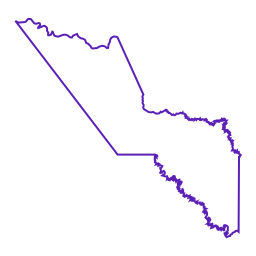 La Chorrera, Amazonas, Colombia (orthographic projection)
{"feature_id": "7082276B17181319735962", "entity_name": "La Chorrera", "entity_type": "district", "adm_level": 2, "iso_a3": "COL", "parent_name": "Colombia", "parent_adm1": "Amazonas", "projection": "orthographic", "projection_center": [-72.317, -1.283], "detail": "fine", "context": "isolated", "style": "outline", "palette": "violet", "viewbox_px": 256, "rotation_deg": 0, "n_neighbors": 0, "source": "geoboundaries", "source_scale": "gbopen_adm2", "svg_char_len": 6021}
<svg xmlns="http://www.w3.org/2000/svg" viewBox="0 0 256 256"><path d="M238.6,231.9L239.0,156.8L239.8,156.6L240.6,155.2L239.9,155.1L239.9,154.4L238.9,153.7L238.8,152.2L237.9,152.5L238.3,151.4L237.6,152.2L237.3,151.0L236.7,152.2L234.9,152.7L234.5,152.2L235.1,151.7L235.3,150.3L232.1,150.5L233.0,148.6L232.3,146.7L232.9,145.3L232.4,144.9L232.7,144.1L231.8,143.8L232.5,143.1L231.4,142.3L232.9,140.7L232.5,140.4L231.8,141.2L231.4,140.6L230.6,140.8L230.1,140.0L230.4,139.0L229.4,139.1L230.1,138.2L228.7,138.1L228.1,137.1L228.7,137.0L228.6,136.0L230.1,135.2L229.3,134.4L229.4,133.9L230.0,133.9L229.8,133.3L228.3,133.0L227.7,132.1L229.5,132.0L228.8,131.2L227.7,131.1L227.6,130.6L228.5,130.4L227.7,130.2L227.2,130.9L226.4,130.3L226.1,131.4L225.3,131.8L226.0,130.2L224.5,130.6L224.2,129.2L223.0,129.0L223.6,128.0L224.8,128.5L224.3,128.0L224.8,127.9L224.8,127.0L225.5,126.9L224.7,126.6L223.2,127.2L223.2,126.4L223.6,126.4L223.8,125.9L223.2,124.8L224.1,124.9L224.4,125.6L224.9,125.0L224.0,124.3L224.0,123.7L224.9,123.6L225.2,124.3L225.9,124.2L226.3,123.5L225.0,122.6L225.4,122.4L226.0,123.1L226.5,123.0L225.9,121.5L226.6,120.6L225.8,120.6L225.2,120.1L224.8,120.7L225.1,119.3L224.4,118.8L224.3,119.5L223.6,119.8L223.9,120.4L222.7,120.7L223.1,119.2L221.9,118.7L221.5,120.6L220.3,120.0L219.8,121.4L219.0,122.0L218.4,121.7L218.7,121.2L218.3,120.4L216.6,120.5L216.4,121.0L217.1,121.2L216.8,121.5L216.0,120.8L214.6,120.9L213.8,121.4L215.0,122.8L214.6,123.0L214.2,124.4L213.0,124.0L213.0,125.1L212.5,124.8L212.7,124.2L211.5,124.3L211.4,125.3L211.1,124.5L211.4,123.9L210.2,124.1L210.7,123.1L209.4,123.4L208.7,122.9L209.2,122.5L208.5,121.9L206.7,121.8L206.8,120.2L205.6,120.3L206.4,119.5L206.0,118.9L204.1,119.8L202.7,119.2L201.0,120.2L200.0,120.1L199.7,119.6L200.5,118.8L200.2,118.3L199.7,119.0L196.8,118.9L196.3,120.1L195.1,119.0L194.4,119.8L194.4,119.0L193.6,119.7L192.9,119.3L192.5,119.8L192.0,119.2L191.6,119.8L191.1,119.3L190.2,120.0L190.0,119.6L189.4,119.6L188.9,118.5L188.5,119.5L186.7,117.8L186.1,117.8L186.7,116.9L185.8,116.7L186.1,116.2L185.4,116.0L185.9,115.0L185.4,114.3L184.7,114.5L184.0,113.5L182.7,113.2L182.6,112.6L182.0,113.4L180.6,112.7L178.6,113.8L176.6,113.6L175.3,115.0L174.2,115.2L173.3,114.4L172.0,115.0L169.8,113.0L168.7,113.0L168.4,112.2L167.8,112.2L167.9,111.6L166.6,111.2L166.8,110.1L166.0,109.7L161.7,112.3L160.7,111.7L159.4,113.3L157.1,113.6L155.9,113.5L153.0,111.9L151.4,112.4L148.8,112.1L144.0,109.2L143.2,107.7L143.7,105.2L142.5,102.9L143.0,101.0L142.5,100.2L142.8,98.5L142.4,96.4L143.4,94.6L117.5,37.3L115.6,36.6L113.9,36.5L111.4,37.7L110.3,39.6L109.7,42.4L108.6,44.4L108.1,47.9L106.9,48.1L105.1,46.5L102.4,45.8L99.3,46.6L97.1,48.0L92.6,48.5L91.6,48.0L90.5,46.1L88.2,43.8L86.2,42.9L85.1,40.0L83.3,38.8L80.9,38.3L79.0,37.0L78.0,36.1L77.0,34.0L73.1,35.6L71.8,37.6L69.8,37.2L67.8,35.5L65.1,34.6L62.8,34.9L58.0,36.7L54.6,35.8L53.2,33.4L53.0,32.1L52.3,31.7L50.9,34.7L48.9,35.4L48.0,34.9L48.3,32.6L47.0,30.8L47.1,28.3L46.4,27.1L44.8,25.9L43.6,25.9L38.3,28.1L38.2,27.3L40.2,25.0L39.8,23.4L38.9,23.0L36.1,23.8L34.2,23.3L30.9,19.1L28.2,18.9L25.9,21.6L24.5,22.1L18.4,22.6L15.4,20.9L117.6,154.6L154.8,154.6L157.1,155.4L157.2,155.9L156.3,155.7L155.6,156.6L156.4,156.9L156.5,157.5L154.9,156.3L154.7,157.9L155.1,159.1L154.7,159.5L154.9,160.6L155.4,160.9L155.0,162.4L156.8,163.4L156.3,164.2L158.1,163.5L158.3,164.3L157.6,163.8L157.3,164.5L158.6,164.7L158.4,165.7L159.1,165.4L159.1,163.3L159.9,165.1L162.3,166.0L161.4,167.8L160.2,168.1L161.6,172.3L160.6,172.0L160.2,172.7L160.8,173.0L163.8,170.9L164.9,172.6L164.7,173.8L162.3,175.5L165.9,176.6L167.0,176.2L167.5,177.2L167.2,178.5L167.8,177.9L168.2,178.3L167.6,179.4L168.7,180.1L169.2,180.1L169.2,179.4L169.9,180.0L170.6,178.2L171.3,178.0L171.5,179.1L173.5,180.6L174.2,179.9L172.7,177.8L174.5,177.8L173.0,176.5L173.6,176.0L174.6,176.2L176.0,181.4L176.8,180.1L178.8,181.0L178.3,180.1L179.4,179.7L179.5,182.0L179.0,182.3L178.4,181.5L178.3,182.3L180.5,183.1L181.0,181.7L181.5,181.7L181.5,182.6L180.6,184.4L179.8,184.4L179.5,185.2L179.1,185.0L179.2,184.1L178.5,185.0L177.9,184.4L178.2,186.5L177.4,186.7L177.2,187.5L177.7,188.4L178.7,188.0L178.2,189.0L179.3,189.1L178.8,189.9L180.1,190.7L179.5,191.3L180.6,191.6L180.7,192.8L182.2,192.8L181.0,191.9L181.8,190.9L182.7,191.2L182.0,190.5L182.6,190.0L182.3,189.3L182.6,189.1L183.3,190.5L183.0,191.7L183.4,193.0L184.2,193.3L183.3,195.9L184.7,196.9L185.6,196.3L185.2,195.6L186.2,195.6L186.6,195.0L187.3,195.6L187.3,196.3L188.8,196.9L188.7,196.2L189.3,195.9L188.6,197.7L189.4,197.4L189.6,196.1L191.1,196.9L189.9,198.0L190.4,199.0L191.1,198.6L190.4,200.0L191.4,199.4L191.7,200.7L193.0,200.9L193.8,200.1L193.7,199.2L192.4,198.6L193.6,198.0L194.5,198.5L194.4,200.5L195.4,202.1L196.6,201.6L195.8,202.7L196.3,203.1L197.3,203.6L197.9,202.7L199.8,202.5L199.8,203.5L201.1,203.4L200.8,204.6L201.9,204.9L202.5,204.5L202.5,203.1L203.7,203.9L203.7,206.5L204.5,206.9L203.9,207.8L206.2,208.7L204.4,209.7L203.1,211.9L204.2,212.6L204.7,211.5L205.1,211.4L205.9,212.0L205.7,212.8L206.3,212.3L206.0,211.2L206.3,211.2L206.9,212.5L207.1,214.9L205.5,217.5L207.2,219.4L208.0,219.7L208.4,218.8L209.1,218.8L208.2,218.0L208.8,217.6L209.5,218.1L210.0,219.4L209.9,220.0L208.9,219.9L208.0,220.5L208.3,221.1L209.3,221.2L208.9,221.6L208.1,221.4L208.1,223.3L207.5,223.7L208.8,223.7L208.1,224.5L208.4,225.4L208.9,225.4L209.7,224.2L210.7,225.4L211.3,224.2L212.3,223.8L212.6,225.6L211.9,226.3L211.3,227.9L213.4,227.3L213.9,226.3L214.7,226.3L214.0,225.5L215.1,226.1L215.8,225.5L216.5,226.7L217.2,226.2L217.7,226.5L218.5,228.0L217.4,228.1L217.1,228.6L218.2,229.8L219.8,229.5L220.6,227.8L221.2,227.8L221.4,228.9L221.0,229.9L221.3,230.3L221.9,229.8L222.1,228.4L222.9,228.6L223.9,230.3L224.3,230.2L223.7,226.6L224.1,226.4L224.9,227.2L225.1,226.7L224.7,225.8L224.1,225.6L224.3,225.2L225.6,225.2L227.3,226.1L227.9,227.0L227.8,230.6L226.7,231.7L227.8,233.1L226.4,234.5L225.3,232.9L224.5,233.3L225.5,235.9L226.8,237.1L228.8,236.1L230.0,236.0L230.5,234.8L232.3,233.8L232.6,232.8L234.7,232.0L235.5,231.0L237.2,230.7L238.6,231.9Z" fill="none" stroke="#5b21b6" stroke-width="2"/></svg>